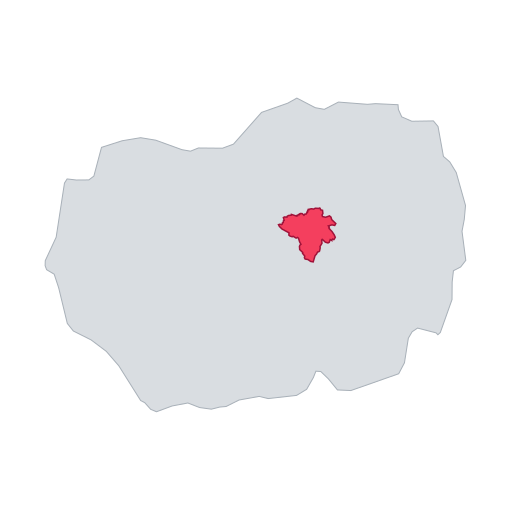 Dolneni, Dolneni, North Macedonia (highlighted), rotated 186°
{"feature_id": "65306769B25269203277023", "entity_name": "Dolneni", "entity_type": "district", "adm_level": 2, "iso_a3": "MKD", "parent_name": "North Macedonia", "parent_adm1": "Dolneni", "projection": "orthographic", "projection_center": [21.418, 41.482], "detail": "fine", "context": "in_parent", "style": "filled", "palette": "rose", "viewbox_px": 512, "rotation_deg": 186, "n_neighbors": 0, "source": "geoboundaries", "source_scale": "gbopen_adm2", "svg_char_len": 2427}
<svg xmlns="http://www.w3.org/2000/svg" viewBox="0 0 512 512"><g transform="rotate(186 256 256)"><path d="M229.2,115.5L238.2,116.7L257.8,111.0L270.0,103.2L276.2,102.0L284.4,99.0L296.3,99.4L308.4,102.7L323.7,98.1L338.7,90.7L344.7,92.5L351.3,98.5L355.6,100.2L381.0,132.5L394.9,145.5L411.2,155.3L429.8,162.3L436.6,169.2L448.9,203.7L454.8,216.8L462.8,220.5L464.7,224.3L465.1,229.3L456.7,253.8L454.1,308.5L451.9,312.9L442.6,312.8L430.2,314.2L425.6,318.5L421.0,347.9L401.2,356.6L383.1,361.6L367.8,360.7L340.8,354.0L332.1,353.4L324.6,357.4L300.6,359.7L290.1,364.9L265.5,399.4L240.4,411.3L231.9,417.3L212.6,409.7L203.4,409.0L190.1,417.7L161.0,418.5L153.1,420.0L130.6,421.3L129.7,416.6L125.6,409.6L115.1,406.3L93.7,408.9L88.5,403.8L80.0,374.6L73.1,369.8L65.6,360.0L52.9,328.1L52.7,314.2L53.7,302.1L46.9,273.6L51.3,266.5L58.1,262.0L58.2,250.6L56.5,233.2L64.7,199.2L66.9,196.7L68.9,198.4L87.8,201.2L92.8,197.0L95.9,190.2L97.2,165.3L101.8,153.8L147.6,132.1L161.0,131.3L171.3,141.5L179.5,147.9L184.4,147.7L186.2,141.2L191.7,128.7L201.1,121.6L228.9,115.5L229.2,115.5Z" fill="#d9dde1" stroke="#a8b0b8" stroke-width="1"/><path d="M198.5,256.1L197.3,262.5L196.0,264.3L195.2,266.4L194.0,266.8L193.3,267.6L193.0,270.8L193.4,272.0L191.7,275.6L192.4,278.8L191.9,279.5L191.5,279.3L188.5,277.0L185.8,276.5L184.6,277.3L183.9,280.1L182.2,279.3L182.3,280.1L181.5,280.9L180.3,280.4L180.0,280.8L179.1,282.9L180.5,285.3L182.9,288.2L186.1,290.9L185.9,291.3L186.5,291.8L186.2,292.5L187.2,293.5L183.7,294.9L180.9,294.6L180.0,296.6L184.5,300.1L185.5,302.5L187.1,303.6L190.8,301.8L194.0,302.2L194.6,303.7L193.9,305.2L194.6,308.4L196.6,308.7L197.1,309.9L197.6,310.4L198.6,309.9L202.1,309.7L203.5,308.7L205.9,308.8L207.9,308.1L208.2,307.5L208.9,307.8L209.6,305.8L209.2,305.7L209.4,304.7L209.8,304.8L210.7,302.8L211.8,302.8L212.6,301.5L214.5,303.0L216.3,302.9L216.9,301.9L217.2,302.3L218.5,301.2L218.3,301.8L218.8,300.4L219.5,300.7L220.2,300.0L225.2,301.1L225.3,300.2L227.9,299.7L229.2,298.7L229.3,297.9L231.8,297.8L232.8,297.1L231.7,294.4L232.4,293.9L232.4,292.1L233.2,291.7L233.3,290.3L233.8,289.9L235.6,290.1L236.9,289.5L235.8,287.8L232.9,285.5L225.6,282.5L225.5,280.2L224.3,279.4L222.0,278.9L221.2,279.5L218.0,278.0L216.6,278.8L215.6,278.1L214.1,274.6L212.5,272.3L213.4,271.5L213.8,270.1L213.2,266.9L209.9,264.4L210.0,263.5L207.5,261.0L207.7,259.4L206.8,258.1L203.9,257.9L201.1,256.3L198.5,256.1Z" fill="#f43f5e" stroke="#9f1239" stroke-width="1.5"/></g></svg>